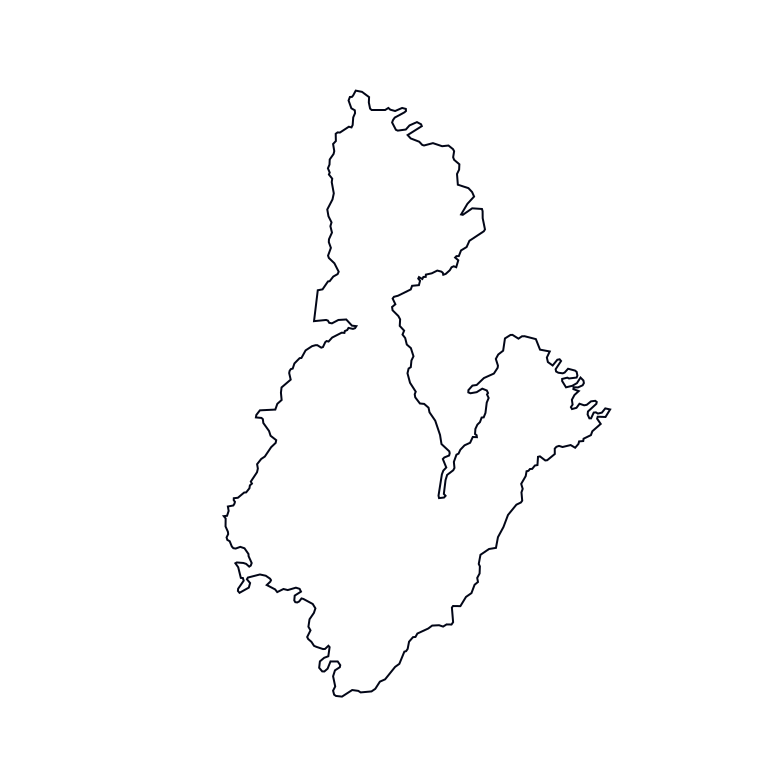 the district of Curvelo, Minas Gerais, Brazil, rotated 341°
{"feature_id": "56859067B91333590661662", "entity_name": "Curvelo", "entity_type": "district", "adm_level": 2, "iso_a3": "BRA", "parent_name": "Brazil", "parent_adm1": "Minas Gerais", "projection": "albers", "projection_center": [-44.407, -18.753], "detail": "fine", "context": "isolated", "style": "outline", "palette": "ink", "viewbox_px": 768, "rotation_deg": 341, "n_neighbors": 0, "source": "geoboundaries", "source_scale": "gbopen_adm2", "svg_char_len": 6165}
<svg xmlns="http://www.w3.org/2000/svg" viewBox="0 0 768 768"><g transform="rotate(341 384 384)"><path d="M563.0,499.7L565.6,496.5L575.9,492.3L574.2,486.2L575.4,484.5L582.7,487.3L589.5,481.7L585.3,479.1L580.7,482.0L576.6,481.6L575.1,479.8L573.0,479.3L568.6,483.9L567.0,483.3L566.6,479.1L567.9,476.4L578.3,471.9L579.3,470.3L578.3,468.7L574.1,467.8L568.9,469.7L566.3,469.3L562.4,466.3L558.2,469.2L553.6,468.9L553.2,466.7L555.6,464.9L556.5,460.1L560.5,456.4L565.8,454.1L561.4,450.5L562.2,448.8L566.3,450.4L571.4,449.9L573.3,448.2L573.7,445.6L571.9,441.9L566.7,446.0L561.4,447.0L555.0,446.4L553.4,439.2L554.1,437.2L559.4,437.7L560.7,439.0L568.2,440.6L569.6,439.0L570.1,435.3L569.0,433.5L563.0,429.5L558.5,432.0L556.5,432.1L552.5,430.1L550.8,428.2L551.1,425.9L558.9,419.9L558.1,417.8L555.8,417.5L549.5,421.4L546.1,416.6L546.6,412.0L551.3,407.2L542.7,402.3L542.2,391.0L532.5,384.6L530.0,383.8L525.9,384.9L521.5,379.4L519.6,378.8L513.2,380.3L507.5,391.3L501.6,393.3L497.9,396.7L497.7,403.8L496.7,405.7L491.3,409.9L480.4,410.9L471.3,415.1L467.1,414.3L461.8,417.3L461.0,419.4L462.7,420.9L469.0,421.9L475.4,420.4L479.1,423.6L479.4,426.4L478.0,427.4L478.4,431.3L475.1,435.0L470.5,444.4L467.4,448.0L465.4,447.5L462.3,451.3L459.1,452.8L455.8,456.2L453.8,460.9L454.9,462.6L454.5,464.5L450.7,463.0L446.3,467.6L440.2,468.2L434.8,471.0L431.8,474.1L429.5,474.4L424.7,480.4L423.3,486.3L421.4,488.1L414.1,490.5L410.9,494.9L404.8,507.4L405.8,509.8L403.8,510.9L398.9,509.8L399.2,507.3L409.3,488.3L411.9,485.2L415.7,483.2L415.2,474.1L417.1,473.1L422.3,472.8L423.6,470.8L423.8,468.9L418.8,459.5L420.4,450.4L420.5,435.4L417.8,425.6L418.4,420.9L415.5,415.9L411.6,414.1L409.2,406.8L409.7,403.7L411.5,401.6L409.0,391.3L409.7,381.5L412.3,377.4L414.8,376.8L417.6,370.7L420.9,367.4L421.1,358.8L418.4,354.1L419.0,347.4L417.6,343.3L420.4,340.1L417.8,334.2L420.3,328.1L419.7,324.4L416.1,317.1L416.7,313.8L420.7,312.3L420.0,306.0L421.8,304.8L426.0,305.1L440.1,303.3L442.5,300.3L449.2,301.9L451.7,298.1L450.7,295.5L451.9,294.3L454.4,297.2L456.1,295.6L458.3,296.3L459.2,294.2L465.2,294.9L471.3,294.1L474.8,296.4L475.8,297.9L475.6,300.0L478.2,300.0L483.2,297.9L485.9,295.6L488.3,295.4L490.3,297.1L494.5,291.2L492.4,287.6L494.1,286.7L496.4,287.4L500.3,282.8L506.7,281.4L511.4,276.4L528.1,272.1L529.8,270.7L531.3,259.3L533.5,252.7L533.6,250.4L524.6,246.6L513.6,249.7L512.1,248.8L521.5,240.8L530.2,236.1L529.8,231.2L527.6,226.3L518.7,219.6L521.4,209.2L524.8,205.8L526.8,200.8L523.3,194.9L523.2,192.1L526.1,186.7L525.7,184.4L522.6,179.5L516.4,178.1L508.7,172.2L499.5,171.5L498.0,170.4L496.2,166.4L489.2,160.5L487.4,156.3L503.7,152.5L503.6,150.5L500.4,147.1L492.3,147.8L487.5,150.5L479.5,148.9L478.0,147.5L476.8,139.4L478.4,137.4L480.9,135.6L491.8,133.8L493.7,133.0L494.2,131.0L491.0,128.9L483.4,129.5L479.3,126.7L478.0,124.4L474.3,125.3L461.5,120.9L460.5,119.1L461.3,112.9L463.3,107.9L458.3,100.6L452.8,97.4L448.7,101.2L447.1,102.1L445.2,101.5L442.8,104.4L442.9,112.7L445.5,115.7L444.8,118.5L441.7,121.9L438.7,128.9L436.8,130.8L434.5,129.3L424.2,131.9L422.0,131.0L419.8,131.7L417.6,138.6L414.0,140.5L412.8,147.6L411.2,150.1L405.8,154.0L403.9,158.8L401.2,161.8L401.5,166.4L400.1,168.0L401.9,173.0L400.3,176.1L398.6,187.4L395.4,192.7L387.2,200.5L386.1,207.3L387.0,214.1L384.7,217.3L384.1,223.9L379.1,229.2L378.0,231.9L378.1,238.0L372.9,244.4L372.9,246.9L376.4,253.7L377.7,263.1L375.9,265.0L371.0,265.9L366.1,269.1L364.4,268.8L356.7,274.5L351.9,273.8L338.3,301.8L350.1,304.6L351.6,305.8L352.1,308.3L354.5,309.7L361.7,308.6L369.3,310.7L372.7,318.4L376.7,320.3L374.8,321.8L372.6,321.8L368.7,319.4L366.8,321.0L364.2,321.2L363.2,322.8L360.7,321.7L350.1,323.2L345.4,325.8L343.7,324.7L342.1,325.3L338.3,329.2L336.5,329.2L333.6,325.6L331.8,325.0L328.3,324.8L320.8,326.7L314.4,332.5L312.6,332.1L306.0,335.4L302.7,339.7L300.7,339.6L299.0,340.9L297.9,342.8L297.2,349.5L286.0,353.9L283.7,358.7L282.0,365.8L276.7,368.0L272.9,372.8L258.1,368.5L253.2,371.7L252.0,373.9L257.1,376.2L258.0,377.8L257.2,381.6L260.0,391.0L259.9,396.0L263.8,402.0L262.4,404.4L256.7,407.0L247.7,413.8L243.5,414.9L237.9,418.5L237.2,422.9L235.2,426.1L226.3,432.9L226.7,435.2L224.2,436.2L222.8,438.8L218.4,441.6L216.4,441.1L208.8,444.0L204.8,443.1L204.1,444.9L204.7,446.9L203.6,448.5L202.0,449.8L196.5,449.0L195.8,453.4L192.7,457.5L189.5,456.8L190.5,459.6L187.8,467.1L188.3,472.9L187.8,475.2L185.2,477.8L185.1,480.4L186.9,482.4L187.2,488.1L188.1,490.2L190.2,491.3L195.1,491.2L198.6,493.9L200.5,500.6L199.9,502.7L200.6,510.2L198.9,512.3L197.1,512.8L195.1,509.2L192.7,507.4L186.7,504.8L185.1,505.1L186.5,509.8L185.5,520.7L187.4,521.5L187.3,524.3L179.4,530.1L178.5,532.1L179.4,534.4L189.9,532.5L192.6,528.6L190.8,524.0L192.3,522.7L204.7,523.7L209.8,526.8L212.9,531.0L213.3,532.7L212.1,533.9L207.7,535.9L214.2,542.8L215.3,546.0L222.2,545.1L225.9,547.5L234.4,547.9L237.5,550.2L237.9,553.3L230.7,555.0L228.7,559.4L229.1,561.4L230.8,562.3L233.0,562.0L236.2,559.9L237.8,561.0L245.0,568.8L246.1,573.8L243.2,577.6L237.0,582.2L233.5,588.9L234.3,593.0L229.0,598.2L229.3,600.5L231.4,604.1L232.6,608.8L234.6,610.6L240.1,614.8L242.0,615.3L246.2,613.4L246.9,615.1L242.7,623.3L238.3,623.4L233.1,625.4L230.3,631.2L232.0,635.6L234.0,636.4L238.0,634.8L243.1,628.9L249.9,631.3L251.1,635.6L250.0,637.4L244.4,638.8L240.7,643.8L239.4,654.1L236.0,657.4L235.7,661.5L237.0,663.3L242.5,665.9L254.3,663.0L259.8,665.8L261.5,668.0L272.1,670.6L276.5,669.4L283.2,664.1L288.9,663.6L302.4,655.1L307.4,653.6L316.1,643.7L317.9,643.8L320.1,642.2L323.8,635.8L329.0,632.8L331.4,633.4L334.3,630.8L346.2,629.6L350.9,628.1L357.5,630.0L360.9,632.6L364.9,631.7L369.5,633.4L371.8,631.7L375.4,617.5L377.0,616.4L383.9,618.9L392.2,612.0L398.6,610.2L404.3,603.3L408.4,601.8L409.0,597.7L412.7,594.3L415.3,587.6L415.0,585.0L419.6,576.9L429.6,574.2L436.5,575.4L441.9,565.9L450.4,558.1L458.6,548.2L469.9,541.2L474.9,540.6L476.7,539.3L478.7,531.2L481.0,528.3L481.2,523.1L488.0,517.2L490.4,512.9L492.3,513.1L494.3,511.9L496.5,512.5L500.1,510.2L502.7,510.6L505.9,503.0L507.9,503.2L511.6,508.8L513.5,509.2L522.7,505.8L524.4,500.7L526.6,499.5L529.3,499.5L532.3,501.7L540.6,502.5L544.0,506.5L548.3,504.0L549.8,501.8L553.8,502.8L554.9,500.7L563.0,499.7Z" fill="none" stroke="#020617" stroke-width="2"/></g></svg>